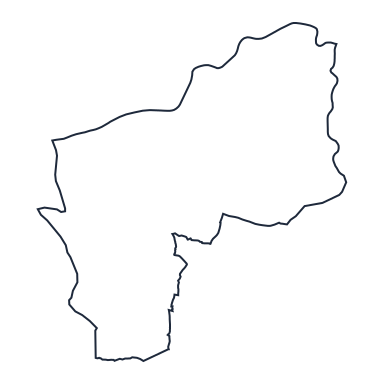 Estanzuela, Zacapa, Guatemala (Mercator projection)
{"feature_id": "79465075B47925591058231", "entity_name": "Estanzuela", "entity_type": "district", "adm_level": 2, "iso_a3": "GTM", "parent_name": "Guatemala", "parent_adm1": "Zacapa", "projection": "mercator", "projection_center": [-89.606, 14.975], "detail": "fine", "context": "isolated", "style": "outline", "palette": "slate", "viewbox_px": 384, "rotation_deg": 0, "n_neighbors": 0, "source": "geoboundaries", "source_scale": "gbopen_adm2", "svg_char_len": 5593}
<svg xmlns="http://www.w3.org/2000/svg" viewBox="0 0 384 384"><path d="M336.4,44.0L334.7,43.7L332.5,43.0L330.7,42.5L329.2,42.5L326.9,42.6L325.5,42.9L324.0,44.0L322.4,45.1L320.5,45.9L318.8,45.8L317.2,44.8L316.2,43.5L316.0,42.2L315.9,39.5L316.1,37.9L316.5,36.5L317.0,35.2L317.3,33.3L317.4,31.6L316.8,29.1L315.8,28.1L314.2,27.2L312.4,26.4L310.1,25.5L305.4,24.4L300.4,23.5L296.1,23.0L293.5,23.0L291.7,23.4L290.0,24.1L285.8,26.2L280.4,28.8L271.3,33.9L265.7,37.0L261.9,38.5L258.5,38.9L257.0,38.9L255.7,38.8L254.1,38.5L252.4,38.1L250.9,37.7L249.0,37.4L247.3,37.3L244.4,38.1L243.2,38.9L241.9,40.0L240.4,41.9L239.3,43.8L238.4,46.1L237.7,49.0L237.1,51.0L236.1,53.3L234.8,55.3L222.3,66.7L220.4,67.6L218.7,68.1L217.0,68.1L215.6,67.5L213.4,66.7L210.8,65.8L208.2,65.1L206.3,65.1L204.0,65.3L201.0,66.0L198.4,66.8L195.7,68.0L194.0,69.2L192.4,71.7L192.3,73.2L192.2,75.1L191.4,79.5L190.3,82.8L185.5,92.9L179.9,104.6L178.5,106.6L176.4,108.5L174.1,109.9L172.0,110.5L169.8,110.8L167.4,110.8L164.5,110.7L160.7,110.5L149.9,110.1L142.8,110.7L134.6,112.4L126.2,114.4L119.7,116.9L114.6,119.5L111.1,121.3L110.0,121.9L108.6,122.9L101.7,126.9L98.7,128.2L95.9,129.3L93.2,130.0L90.3,130.6L88.0,131.3L84.9,132.3L82.3,132.8L76.2,134.2L71.6,135.7L67.2,137.5L63.8,138.8L56.2,139.8L52.3,140.5L56.0,150.1L57.0,155.7L55.2,174.7L55.9,181.1L59.8,190.5L65.1,208.4L65.1,211.3L61.1,212.0L57.0,209.4L44.5,207.6L37.8,209.2L40.9,214.8L47.2,220.4L60.5,236.6L65.8,245.2L67.4,252.5L70.4,257.1L77.2,273.8L77.4,282.3L72.9,290.8L71.4,297.7L69.1,300.2L69.3,304.5L75.3,311.4L82.1,315.0L89.8,321.0L96.8,328.1L95.3,330.6L95.7,357.9L96.4,358.1L97.8,358.3L99.1,357.8L99.8,358.2L100.6,358.2L102.4,359.6L103.8,359.6L105.9,359.7L107.9,360.1L111.1,359.8L113.7,359.9L114.5,360.8L118.2,359.4L119.8,358.8L122.5,359.5L125.2,358.5L128.1,358.5L130.3,358.4L132.2,357.3L136.9,357.8L140.2,359.0L143.4,361.0L168.4,349.2L168.7,349.2L168.5,348.5L168.3,347.7L168.2,346.8L168.4,346.1L168.9,344.4L169.0,343.9L169.1,343.7L169.3,343.3L169.3,343.0L169.4,342.8L169.7,341.6L169.7,341.2L169.7,340.6L169.6,339.8L169.5,339.0L169.5,338.4L169.4,337.6L169.4,336.5L169.4,336.1L169.2,335.8L168.8,335.6L168.5,335.5L168.2,335.2L167.7,334.9L168.1,334.4L168.5,334.1L168.8,333.9L169.1,333.6L169.3,333.3L169.5,332.9L169.7,332.0L169.9,331.4L169.9,330.9L169.9,330.3L169.9,329.4L170.0,328.6L170.0,327.8L169.9,327.3L170.0,327.0L170.0,326.7L170.0,326.4L170.0,326.1L170.0,324.4L169.7,319.1L169.7,317.2L169.6,315.3L169.4,313.8L169.1,311.5L168.8,310.0L172.5,311.0L172.3,310.4L172.0,309.9L172.0,309.6L172.5,309.3L172.7,309.0L172.3,308.3L172.3,307.5L172.5,306.4L171.3,306.4L171.5,305.3L171.5,304.6L171.7,304.2L172.1,302.5L172.3,302.1L172.4,301.6L172.6,301.0L173.0,299.8L173.3,299.2L173.6,298.6L174.0,297.8L174.1,297.3L174.2,296.7L174.4,295.5L174.5,294.6L178.2,295.2L178.2,293.6L178.3,292.4L178.4,291.3L178.4,290.7L178.4,290.0L178.4,289.0L178.1,288.0L178.1,285.3L178.9,282.5L178.4,281.3L178.1,280.7L178.4,280.3L179.8,278.6L180.3,277.4L180.6,276.7L179.9,275.0L180.0,273.8L180.7,272.8L182.8,269.8L184.1,268.5L185.4,266.9L186.2,265.6L186.7,264.9L186.9,264.3L186.7,263.7L184.4,261.1L181.5,258.0L179.9,256.4L179.4,256.1L178.6,255.7L176.0,255.3L174.4,255.0L174.2,254.5L174.4,254.0L174.6,253.4L175.1,253.0L175.1,252.2L175.3,251.1L175.1,250.4L175.1,250.0L175.2,249.8L175.5,249.3L175.3,249.0L175.2,248.6L175.3,248.2L175.6,247.8L176.0,247.1L176.1,246.3L175.9,245.3L175.8,244.2L175.3,242.8L175.3,242.0L174.9,240.8L174.7,239.8L174.5,238.8L174.4,237.9L174.1,237.1L173.2,235.3L172.4,234.0L172.9,233.9L173.6,233.8L174.5,233.5L174.9,233.4L175.2,233.4L175.7,233.8L176.2,234.1L177.3,234.9L178.7,235.8L178.8,235.9L179.2,236.0L179.6,235.9L180.2,235.8L180.7,235.7L181.0,235.6L181.5,235.5L181.9,235.6L182.3,235.7L183.6,236.1L184.6,236.4L186.0,236.9L186.3,237.1L186.7,237.8L187.7,239.6L187.9,239.6L188.2,239.5L188.4,239.4L189.0,239.1L190.5,238.4L190.7,238.5L190.8,238.8L191.2,239.4L191.4,239.8L191.5,240.0L191.8,240.1L192.3,240.1L192.8,240.2L194.1,240.3L196.5,240.4L197.9,240.5L198.5,240.7L199.0,240.9L199.3,241.2L199.8,241.7L200.0,241.8L200.9,241.9L201.7,242.0L201.9,242.1L202.0,242.6L202.0,242.9L202.1,243.0L202.8,243.2L203.4,243.2L204.1,243.3L205.3,243.3L207.0,243.3L208.8,243.4L209.4,243.4L209.8,243.5L210.0,243.5L210.2,243.9L210.5,243.8L211.6,240.8L212.4,239.7L213.0,238.8L214.6,237.3L216.0,236.0L217.0,234.9L218.3,232.9L219.6,228.6L220.3,225.3L220.6,222.8L220.1,222.5L221.9,217.8L223.1,213.8L229.0,216.0L235.0,217.0L238.3,217.8L242.4,219.5L246.5,220.8L249.4,221.6L255.3,223.9L259.2,224.7L262.4,225.2L265.6,225.6L268.2,225.9L269.7,225.9L270.9,225.7L274.6,224.6L279.1,222.7L279.6,223.0L279.9,223.2L280.1,223.3L280.4,223.5L280.7,223.5L281.1,223.6L281.7,223.7L282.3,223.7L284.2,224.0L285.5,224.2L287.0,224.4L290.6,219.8L295.8,216.2L304.6,206.1L322.5,202.9L339.3,194.9L342.1,191.8L346.2,182.3L343.9,175.7L342.3,174.7L340.6,173.6L339.0,172.0L336.7,167.9L335.4,166.0L333.7,161.7L333.2,159.9L333.2,158.3L333.5,156.4L334.9,154.0L336.5,152.7L337.8,151.5L338.4,149.9L338.7,148.0L338.6,145.6L337.8,143.9L335.8,141.1L334.6,140.5L332.5,139.5L330.7,138.3L329.6,137.1L328.7,136.1L328.0,134.1L327.8,131.9L327.8,129.1L327.6,121.3L327.6,118.0L327.9,115.8L328.6,114.3L329.6,112.7L330.7,111.5L332.3,109.1L332.8,107.4L332.6,104.4L332.6,103.0L332.0,100.9L331.7,99.1L331.6,96.7L331.7,94.6L332.1,92.8L332.8,90.5L333.5,88.7L334.8,86.3L336.1,84.6L336.9,83.3L337.5,80.8L337.3,78.5L336.4,76.9L334.7,75.4L333.7,74.5L332.3,73.2L331.3,72.5L330.5,70.8L331.0,69.0L332.6,67.6L333.7,65.8L334.3,63.4L334.6,61.1L334.6,59.7L334.7,58.3L334.7,56.1L334.8,53.6L334.7,51.5L334.7,49.6L335.1,47.7L336.4,44.0Z" fill="none" stroke="#1e293b" stroke-width="2"/></svg>